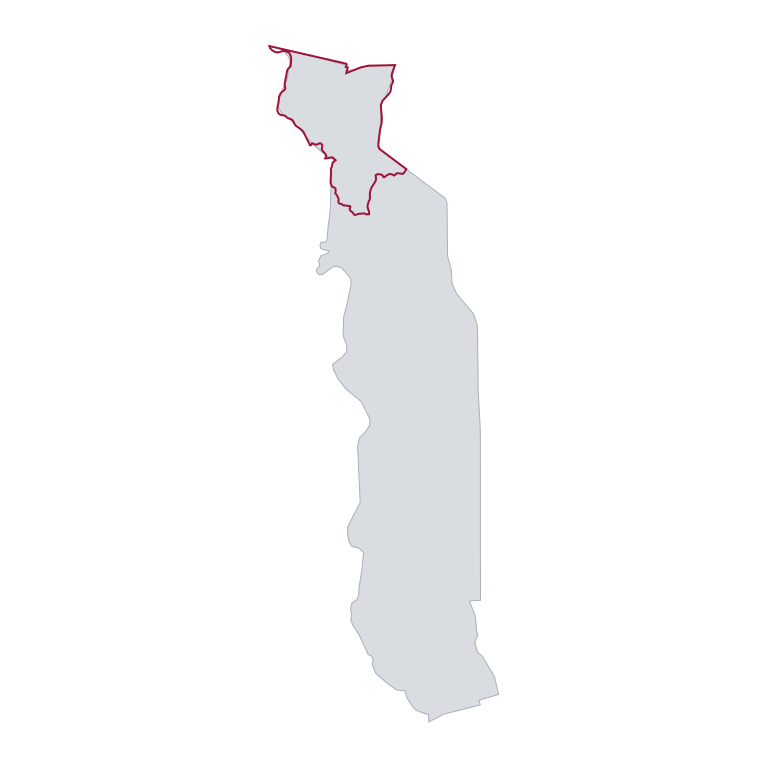 Togo, with Savanes highlighted
{"feature_id": "TGO-90", "entity_name": "Savanes", "entity_type": "Region", "adm_level": 1, "iso_a3": "TGO", "parent_name": "Togo", "parent_adm1": "", "projection": "robinson", "projection_center": [0.453, 10.505], "detail": "medium", "context": "in_parent", "style": "outline", "palette": "rose", "viewbox_px": 768, "rotation_deg": 0, "n_neighbors": 0, "source": "natural_earth", "source_scale": "10m", "svg_char_len": 3492}
<svg xmlns="http://www.w3.org/2000/svg" viewBox="0 0 768 768"><path d="M394.9,65.1L391.8,79.5L385.6,97.3L381.6,103.0L378.7,146.3L380.7,149.9L382.1,151.0L401.7,165.7L427.4,184.9L445.5,198.5L447.0,203.1L447.3,231.6L447.5,256.0L451.3,270.0L452.1,283.6L456.7,293.9L473.4,313.7L477.4,325.4L477.9,362.7L478.2,391.1L480.3,429.7L480.4,462.0L480.4,502.7L480.4,550.5L480.5,600.3L469.4,601.0L475.4,616.4L476.5,630.5L477.9,635.0L474.9,641.8L477.4,652.2L482.2,656.0L494.5,676.8L498.6,694.4L478.9,700.3L480.3,704.9L443.5,714.2L428.9,721.9L428.6,714.5L423.3,713.1L416.8,710.6L412.7,706.8L407.0,697.9L405.0,691.0L396.4,689.9L385.8,682.1L375.7,673.3L372.2,664.4L373.2,660.3L371.6,656.1L368.1,654.5L359.0,634.5L353.4,626.4L350.8,619.9L351.7,614.9L350.5,608.1L352.2,602.7L357.1,599.4L358.7,595.4L359.1,587.0L361.9,569.6L363.6,552.6L358.5,547.9L352.1,546.5L348.9,541.7L347.6,533.6L347.7,526.7L360.2,502.4L357.6,446.5L359.4,437.9L365.1,432.1L369.9,425.2L369.7,418.5L361.4,401.8L345.8,388.9L337.8,378.6L333.4,369.3L332.7,364.3L342.2,357.0L346.4,352.0L346.9,346.1L343.1,335.5L343.7,316.6L347.4,302.4L351.2,284.1L350.8,278.7L341.6,267.7L336.6,266.2L332.5,267.0L322.9,274.2L319.5,275.0L317.3,272.9L316.3,270.0L319.7,265.7L318.5,260.3L321.3,255.6L327.4,253.5L329.2,251.1L321.0,248.9L320.0,245.7L320.6,242.6L323.0,242.0L325.6,242.2L327.0,240.0L328.3,224.4L329.3,218.9L330.3,208.2L331.6,166.4L333.4,162.1L333.7,159.0L327.9,157.0L314.3,145.8L306.3,137.2L299.4,128.4L293.5,122.6L282.1,113.6L278.7,108.0L278.3,102.3L281.8,90.9L287.3,78.7L290.0,61.3L288.4,56.7L280.8,48.7L307.6,54.8L345.9,65.2L346.6,67.1L346.9,70.2L353.5,70.1L364.6,66.4L394.9,65.1Z" fill="#d9dde1" stroke="#a8b0b8" stroke-width="1"/><path d="M276.8,52.4L274.6,51.8L272.2,50.3L270.2,48.3L269.4,46.1L346.2,63.7L346.6,64.2L346.6,64.6L346.2,66.3L345.8,66.9L347.7,67.4L346.3,73.1L361.0,67.3L368.4,65.7L395.0,65.1L392.0,73.4L391.6,76.0L391.9,77.5L392.9,80.2L393.1,81.7L391.2,85.6L390.8,90.1L390.4,91.5L388.9,93.9L382.5,100.8L380.8,105.3L381.8,117.3L381.7,122.6L380.0,130.0L378.3,143.8L378.4,146.9L379.4,148.9L406.3,169.1L404.2,172.7L402.7,173.9L398.8,173.3L396.7,173.4L396.0,173.9L394.6,175.4L394.0,175.5L391.9,174.3L389.3,174.0L386.2,175.7L384.4,177.2L383.7,177.2L383.3,176.9L382.4,175.1L381.1,174.5L377.5,174.2L376.2,174.8L375.6,175.4L376.1,178.5L375.8,180.2L375.3,181.5L371.8,187.0L370.7,189.6L369.9,192.7L369.9,198.7L369.4,200.3L368.7,201.4L367.5,205.8L367.6,207.3L369.0,211.7L369.1,213.4L369.0,214.3L367.8,214.1L366.6,214.5L364.2,213.4L358.9,213.8L355.7,214.8L354.8,214.9L354.1,214.6L352.3,212.1L350.7,211.1L350.0,210.1L349.6,208.8L350.3,207.1L350.4,206.6L350.1,206.2L345.9,205.5L343.5,205.4L341.4,204.0L339.4,203.6L338.9,203.2L338.4,202.0L338.5,198.9L338.4,198.2L336.9,195.3L335.3,193.3L335.7,191.1L335.4,188.4L334.4,187.5L333.1,187.2L331.7,186.1L330.5,182.6L331.1,173.1L330.9,168.6L331.8,166.8L332.7,162.6L335.6,160.2L333.2,157.9L332.0,157.3L326.9,158.3L325.2,158.3L326.3,155.6L325.0,153.5L323.0,151.4L321.7,149.0L322.3,146.4L322.2,145.0L321.0,143.6L319.8,143.3L316.3,144.7L315.2,144.5L312.1,143.2L310.9,145.2L310.0,145.3L303.7,132.3L301.8,130.0L295.6,125.6L294.7,124.3L293.3,121.3L292.3,120.1L291.3,119.3L287.6,118.0L285.0,115.7L280.8,114.9L279.5,114.2L278.5,113.3L277.3,110.5L277.4,107.7L278.5,102.4L279.1,96.8L280.0,94.5L281.7,92.1L284.1,90.3L285.1,89.2L285.3,87.8L284.7,85.1L284.7,83.8L287.2,70.4L287.8,69.1L290.6,66.3L291.2,59.9L290.8,55.8L289.0,52.6L285.1,51.0L282.9,51.0L278.9,52.2L276.8,52.4Z" fill="none" stroke="#9f1239" stroke-width="2"/></svg>